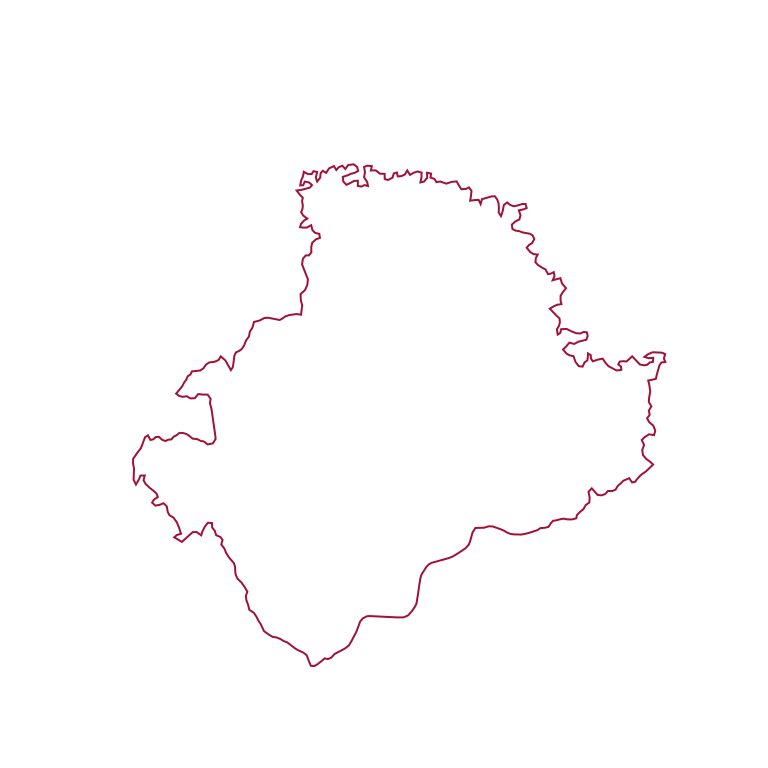 the district of Jóia, Rio Grande do Sul, Brazil, rotated 335°
{"feature_id": "56859067B9941022435580", "entity_name": "Jóia", "entity_type": "district", "adm_level": 2, "iso_a3": "BRA", "parent_name": "Brazil", "parent_adm1": "Rio Grande do Sul", "projection": "albers", "projection_center": [-54.139, -28.741], "detail": "fine", "context": "isolated", "style": "outline", "palette": "rose", "viewbox_px": 768, "rotation_deg": 335, "n_neighbors": 0, "source": "geoboundaries", "source_scale": "gbopen_adm2", "svg_char_len": 6166}
<svg xmlns="http://www.w3.org/2000/svg" viewBox="0 0 768 768"><g transform="rotate(335 384 384)"><path d="M410.1,161.3L407.1,163.2L403.7,161.5L401.0,157.8L398.4,161.5L394.9,164.5L392.0,168.6L394.8,169.7L397.7,167.1L401.3,169.7L402.8,173.3L399.9,174.7L390.9,173.1L386.6,171.7L387.7,176.6L389.1,180.9L387.1,183.5L385.8,188.1L383.9,191.1L381.5,193.2L382.0,197.2L384.4,201.7L380.5,202.1L376.5,203.8L374.2,206.4L377.4,208.4L380.4,209.6L385.1,209.3L384.2,214.4L385.4,217.9L388.8,220.6L387.7,224.5L383.5,224.1L378.7,225.6L375.9,229.2L373.8,234.0L370.3,235.7L367.4,234.4L363.4,236.2L360.3,241.0L359.9,246.6L359.3,256.9L356.4,261.7L352.1,265.5L346.4,267.2L344.1,272.7L343.1,278.2L338.1,286.1L334.2,283.6L327.7,281.6L323.2,281.0L319.8,281.7L316.5,281.9L307.0,275.0L303.4,273.6L298.1,273.9L292.4,272.8L288.6,277.3L284.5,279.9L281.7,283.9L277.1,286.4L273.5,290.0L269.9,292.1L267.0,292.8L263.1,292.8L260.2,295.3L256.2,301.8L253.9,305.0L251.1,306.7L250.2,295.6L247.7,290.0L244.3,292.3L240.1,292.3L234.6,290.6L230.7,291.2L227.2,293.4L223.2,294.1L215.3,291.4L212.6,293.6L209.4,294.0L206.8,296.4L203.4,298.3L200.0,300.9L191.5,304.9L193.4,308.3L196.0,310.5L200.2,311.8L202.4,315.2L206.5,316.9L211.4,314.6L215.6,317.2L219.7,319.1L220.6,324.2L218.1,327.9L217.1,333.7L209.5,358.9L208.2,362.6L203.9,365.5L198.6,364.2L196.5,360.0L193.9,358.2L191.3,354.9L187.4,352.6L185.5,348.5L183.7,345.7L180.8,343.2L177.8,341.9L174.8,342.7L170.9,342.9L167.9,344.4L165.0,343.3L161.8,343.3L159.4,340.9L157.7,336.8L154.7,335.6L151.7,336.6L148.6,336.0L148.4,330.8L145.0,331.2L136.6,339.4L131.7,341.9L125.0,345.8L123.2,349.4L121.6,355.2L116.6,364.9L116.7,370.3L121.3,367.1L124.6,364.1L128.5,365.8L125.4,369.6L125.7,373.8L127.7,378.9L130.2,383.9L131.5,387.1L131.3,390.8L126.5,391.6L123.7,393.5L125.4,397.6L129.6,398.7L133.8,398.9L135.4,403.0L134.0,408.4L134.0,412.0L136.8,416.3L137.8,421.9L137.5,428.2L136.7,434.0L132.6,433.3L129.1,434.3L134.1,441.7L148.0,437.4L151.6,439.0L154.4,443.9L157.2,440.8L161.3,437.6L165.7,435.3L169.3,437.3L167.6,441.5L168.6,445.3L168.0,450.1L171.1,453.6L171.8,457.1L168.7,460.6L169.8,465.7L169.5,470.3L170.2,475.6L172.3,483.3L171.6,487.1L170.2,490.4L169.0,494.0L168.9,498.5L170.8,503.3L171.9,508.9L172.4,514.6L169.3,517.5L167.9,521.7L167.5,526.9L166.5,531.8L169.3,536.3L170.1,541.2L170.1,545.0L170.8,549.9L170.8,557.2L173.6,562.3L176.2,566.1L179.6,568.4L182.4,571.4L184.1,574.2L187.2,577.4L191.8,586.3L193.9,589.3L197.2,593.1L199.3,597.1L198.9,601.9L198.6,608.4L201.6,610.2L205.1,609.9L209.5,608.9L214.3,607.6L216.9,609.6L220.5,609.7L225.1,607.8L233.9,607.4L237.5,607.1L241.6,606.1L245.4,603.6L254.2,596.9L262.2,589.0L266.1,587.4L270.4,587.3L273.2,588.4L297.5,601.2L303.2,603.8L308.1,603.9L313.2,601.7L317.6,599.1L320.5,596.9L325.7,589.3L331.3,580.7L335.2,575.0L337.5,572.5L345.2,567.6L348.6,566.4L351.6,566.2L369.0,569.1L373.2,569.4L380.2,568.6L388.5,567.3L393.0,565.4L395.6,562.9L401.5,556.0L406.0,553.1L414.1,556.6L418.7,557.2L422.3,559.0L428.0,564.6L431.0,568.0L432.8,570.7L435.2,573.2L438.0,575.1L444.9,578.5L448.2,579.4L452.4,580.2L461.3,581.3L464.8,580.7L469.1,582.3L472.7,583.0L476.4,580.7L479.4,579.4L482.6,580.4L486.3,581.0L489.8,581.9L493.0,584.2L497.3,586.2L501.5,587.0L503.5,584.3L507.4,582.8L511.8,581.7L515.8,578.9L520.0,578.2L522.5,573.5L523.8,568.1L528.2,566.4L529.6,570.9L530.7,574.8L534.2,576.9L538.0,577.2L541.8,575.6L545.7,577.5L549.3,577.6L552.8,575.1L556.7,574.1L560.0,572.8L566.4,573.0L567.3,578.1L570.3,578.8L573.5,577.0L576.8,575.6L579.8,574.7L584.6,573.9L593.9,570.7L592.2,566.7L589.9,562.6L588.7,557.8L590.1,553.0L594.0,549.1L593.9,543.7L597.7,542.3L603.0,541.6L607.1,544.5L610.1,541.0L610.5,535.7L608.3,530.8L607.9,526.3L611.8,524.2L612.7,520.1L616.9,517.2L616.4,512.3L618.2,508.9L622.1,503.3L623.9,497.6L625.0,492.5L628.5,493.4L632.6,494.2L635.3,490.7L641.6,483.4L644.6,481.7L648.2,483.0L648.5,479.1L651.4,475.8L649.2,473.1L641.0,468.8L635.6,468.6L631.5,469.5L634.8,472.5L639.1,474.0L637.1,477.6L633.9,476.8L630.7,477.8L627.6,477.0L624.2,474.5L620.6,463.8L613.4,466.1L610.4,464.4L607.1,463.3L604.6,465.3L606.2,468.3L605.0,471.5L600.4,470.0L595.0,462.7L593.7,458.6L592.9,453.4L587.7,452.2L582.8,451.7L582.3,448.3L583.6,445.3L581.8,442.5L580.2,445.6L578.3,448.5L574.9,449.2L571.3,452.2L568.0,450.1L566.9,444.9L567.5,438.8L564.6,436.7L562.3,433.7L560.8,428.4L564.6,427.1L569.5,424.9L573.3,428.1L578.0,427.8L586.1,429.4L588.9,426.5L589.7,422.9L586.9,421.2L583.4,421.2L579.8,419.3L576.7,416.1L572.7,411.2L567.7,409.2L565.4,412.2L562.3,412.6L563.8,407.5L567.2,405.2L569.4,402.6L570.8,398.8L568.9,394.0L566.1,385.8L570.7,385.3L574.5,385.4L578.6,386.6L579.2,383.2L581.3,378.7L585.3,376.1L589.5,374.1L587.8,368.1L588.6,362.6L580.7,361.3L584.2,358.2L585.1,354.3L582.1,354.5L579.1,353.8L578.8,348.4L576.7,345.8L573.9,341.3L572.7,337.6L574.9,334.0L578.0,331.6L574.3,329.4L572.3,326.2L570.9,320.8L574.1,319.3L577.7,318.9L581.5,316.1L581.5,312.1L579.6,309.4L573.8,305.3L571.2,302.7L568.0,300.5L565.9,297.9L567.2,293.6L571.5,292.2L576.2,292.1L579.0,288.8L579.6,283.6L584.3,284.7L587.7,284.8L588.4,280.6L585.3,279.3L581.4,278.8L576.9,277.9L574.0,275.0L572.3,271.5L568.2,272.5L564.6,277.5L561.0,281.3L560.4,277.1L562.5,273.1L564.1,268.9L564.6,264.7L563.8,260.7L560.7,259.4L550.9,257.9L547.6,261.8L547.6,257.2L544.5,255.8L539.6,254.3L542.5,250.0L544.9,245.9L544.1,241.8L540.7,241.8L536.4,240.1L535.8,235.6L535.4,231.0L530.6,229.4L525.1,228.7L520.5,224.2L516.8,223.2L516.4,219.5L513.4,216.5L515.6,213.2L512.3,210.7L510.3,215.4L505.8,217.5L502.2,216.7L505.5,212.2L507.4,208.3L504.1,205.5L499.7,205.1L495.9,205.5L495.3,200.3L491.4,203.0L487.5,202.9L484.2,201.7L485.1,197.8L481.8,197.3L479.0,200.6L473.8,200.8L471.3,198.5L473.4,193.8L469.1,191.6L466.8,186.9L462.3,184.9L465.0,181.4L461.3,179.1L457.7,178.8L456.2,184.1L453.3,188.2L454.1,193.7L453.2,197.8L450.4,195.5L446.9,195.5L444.0,193.5L446.2,188.7L442.6,187.3L438.3,187.6L434.1,187.6L432.7,183.3L434.2,178.9L439.4,179.5L443.1,179.5L446.4,180.2L450.6,180.0L451.4,176.1L449.4,172.1L444.1,170.4L439.8,172.8L438.5,168.6L434.6,168.4L431.2,169.9L430.7,165.3L425.2,165.4L420.8,168.2L418.6,164.9L415.6,166.2L413.3,170.1L409.0,172.3L409.4,168.2L413.0,163.6L410.1,161.3Z" fill="none" stroke="#9f1239" stroke-width="2"/></g></svg>